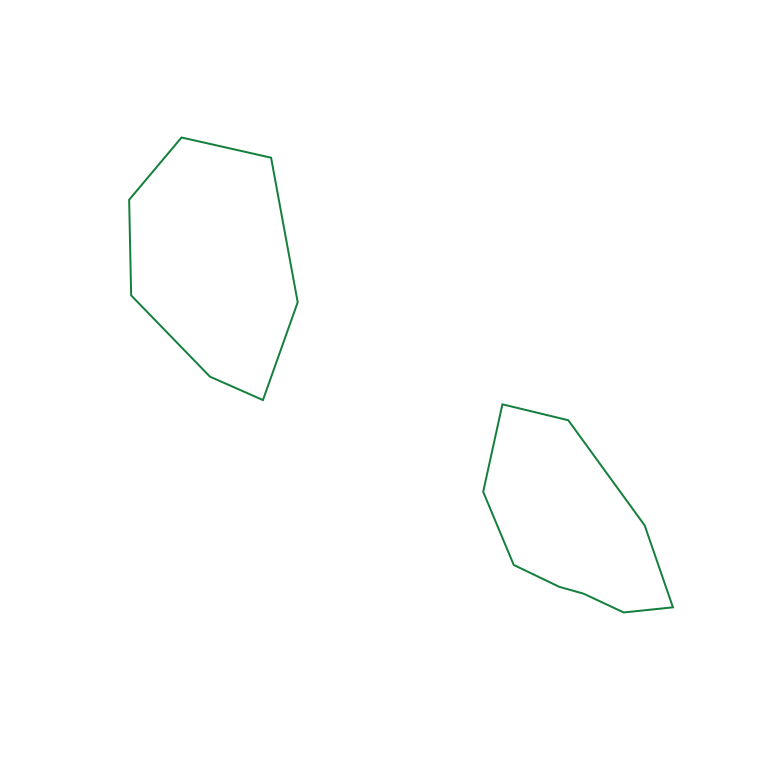 the Unitary Single-Tier County of Isles of Scilly, rotated 165°
{"feature_id": "GBR-5988", "entity_name": "Isles of Scilly", "entity_type": "Unitary Single-Tier County", "adm_level": 1, "iso_a3": "GBR", "parent_name": "United Kingdom", "parent_adm1": "", "projection": "orthographic", "projection_center": [-6.319, 49.937], "detail": "fine", "context": "isolated", "style": "outline", "palette": "green", "viewbox_px": 768, "rotation_deg": 165, "n_neighbors": 0, "source": "natural_earth", "source_scale": "10m", "svg_char_len": 382}
<svg xmlns="http://www.w3.org/2000/svg" viewBox="0 0 768 768"><g transform="rotate(165 384 384)"><path d="M505.1,399.8L550.2,436.1L605.3,535.0L582.5,627.9L515.8,674.5L434.5,631.8L446.2,485.3L505.1,399.8ZM267.2,142.7L305.5,175.6L316.1,254.2L274.9,333.7L215.4,301.3L168.8,179.9L162.7,93.5L211.6,101.3L245.5,129.8L267.2,142.7Z" fill="none" stroke="#15803d" stroke-width="2"/></g></svg>